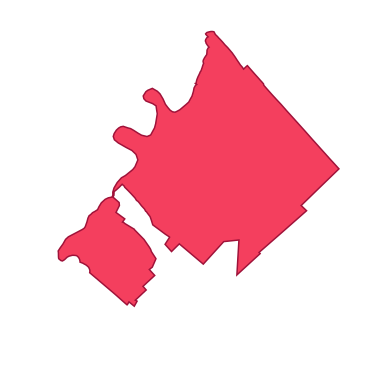 outline of Dranic, Dolj, Romania, rotated 220°
{"feature_id": "2599482B41865085519880", "entity_name": "Dranic", "entity_type": "district", "adm_level": 2, "iso_a3": "ROU", "parent_name": "Romania", "parent_adm1": "Dolj", "projection": "orthographic", "projection_center": [23.87, 44.068], "detail": "fine", "context": "isolated", "style": "filled", "palette": "rose", "viewbox_px": 384, "rotation_deg": 220, "n_neighbors": 0, "source": "geoboundaries", "source_scale": "gbopen_adm2", "svg_char_len": 4017}
<svg xmlns="http://www.w3.org/2000/svg" viewBox="0 0 384 384"><g transform="rotate(220 192 192)"><path d="M283.3,321.3L283.2,321.5L282.7,321.6L282.4,321.6L282.0,321.5L279.4,321.2L279.6,320.7L279.6,320.3L279.7,319.9L279.8,319.6L279.7,318.8L279.6,318.4L279.5,317.6L279.3,317.2L279.1,316.7L278.9,316.5L278.7,316.2L278.3,316.0L277.6,315.6L277.2,315.4L276.9,315.1L276.6,314.9L276.0,314.8L274.8,314.4L273.8,314.2L273.0,314.0L272.1,313.9L272.2,313.6L272.1,313.2L272.2,312.8L272.2,312.3L272.1,312.0L271.9,311.5L271.9,311.1L271.8,310.7L271.6,310.3L271.3,309.8L270.9,309.3L270.5,308.9L270.2,308.4L269.9,307.9L269.5,307.4L269.1,306.8L269.0,306.5L269.0,306.2L269.0,305.8L269.0,305.5L268.9,305.2L268.9,304.8L268.8,304.3L268.8,303.5L268.6,302.5L268.4,301.6L268.2,300.6L267.7,299.5L267.4,299.1L267.1,298.8L266.7,298.6L266.2,298.2L265.8,298.0L265.7,297.8L265.6,297.6L265.6,297.3L265.5,297.0L265.1,295.9L264.6,294.7L264.2,293.9L264.0,293.2L263.7,292.5L263.3,291.5L262.9,290.1L262.9,289.6L262.9,289.3L262.8,288.9L262.5,288.2L262.2,287.0L261.8,285.5L261.5,284.2L260.5,281.2L259.7,279.5L258.8,278.1L259.2,277.4L257.5,277.4L257.9,276.1L257.3,273.0L255.5,269.8L253.6,265.4L253.1,262.6L252.3,258.8L252.8,255.1L254.2,247.1L255.3,244.3L256.3,242.2L258.5,240.9L261.3,240.6L264.9,241.2L268.8,242.1L273.9,244.6L279.6,246.6L283.3,246.9L289.0,245.9L291.3,241.4L291.8,239.1L291.1,234.2L288.8,232.5L285.8,232.1L283.7,232.8L279.0,234.4L274.9,234.9L271.6,231.9L268.9,229.6L263.7,220.9L261.9,217.0L260.3,209.1L262.1,205.6L267.1,203.1L271.0,202.4L276.5,201.7L279.8,201.1L282.3,199.9L286.9,198.1L288.5,196.1L289.3,193.9L289.7,190.8L289.2,186.8L288.0,183.9L287.8,183.8L285.0,182.1L279.9,182.2L271.1,183.8L264.7,185.2L259.0,184.8L254.1,181.8L251.9,174.7L251.8,171.1L253.6,161.8L255.2,157.5L255.4,151.3L254.3,144.9L252.6,141.0L250.5,138.6L250.1,136.6L252.4,133.7L253.8,130.6L254.5,125.4L253.8,120.9L253.0,117.9L253.1,117.4L253.8,115.0L254.9,112.2L255.1,109.7L255.6,107.7L254.9,105.1L253.3,101.7L251.5,96.9L251.3,95.2L251.5,94.2L252.0,92.6L254.9,85.5L256.6,81.4L257.9,78.2L258.4,74.5L257.4,69.1L257.1,64.8L256.6,60.8L255.2,59.5L254.0,58.1L252.6,56.5L251.7,55.6L251.1,55.2L250.0,55.2L248.9,55.2L248.4,55.2L247.9,55.5L247.1,55.7L246.7,56.5L246.2,58.0L246.0,59.3L245.9,60.6L245.7,62.0L244.9,63.9L243.8,65.4L243.1,66.5L241.9,67.5L239.7,69.0L238.7,69.1L237.1,69.0L235.8,68.6L234.8,68.1L233.2,66.9L232.7,66.3L229.8,67.3L228.0,67.6L226.9,67.9L225.6,68.0L224.3,68.0L222.8,67.9L221.5,67.3L220.4,66.7L219.8,66.2L219.0,65.3L218.5,64.4L217.7,64.4L185.4,64.2L171.2,63.8L169.2,63.8L169.1,64.2L169.6,67.3L162.8,67.4L163.9,73.1L165.9,72.7L164.1,87.5L168.9,88.2L168.3,93.1L168.3,93.3L166.9,104.1L174.9,105.2L174.1,108.9L176.7,117.7L176.9,117.8L184.7,120.2L186.9,121.5L189.2,122.3L198.3,124.8L211.6,126.1L212.2,126.4L223.0,124.7L223.9,124.7L224.7,124.7L225.9,124.3L226.2,128.2L237.1,127.5L238.9,135.0L241.1,137.1L249.3,137.3L249.7,139.3L251.9,142.2L251.3,145.3L250.8,149.1L250.5,153.0L247.5,152.9L246.6,152.4L241.7,152.0L237.1,151.5L231.8,150.8L229.1,149.9L227.4,150.1L225.5,149.8L222.0,149.0L217.4,148.4L215.2,147.5L214.2,147.6L212.4,147.1L208.3,146.2L205.4,144.5L200.9,141.6L192.9,142.1L185.4,142.5L180.3,143.1L180.1,143.0L179.0,134.6L169.4,133.2L168.4,144.1L137.0,144.0L135.8,174.4L125.2,185.4L104.3,157.3L100.2,188.6L101.8,188.8L97.0,219.6L92.2,251.3L99.7,251.8L97.0,278.3L94.3,304.2L108.5,306.1L133.9,309.7L145.2,311.4L171.8,315.1L180.3,316.4L187.0,317.2L193.1,318.0L200.6,319.1L205.0,319.8L205.6,319.9L205.9,320.1L206.2,320.4L206.4,320.6L206.8,320.8L209.0,321.2L211.5,321.5L215.4,322.1L219.1,322.6L230.8,324.4L231.0,323.6L231.2,322.0L231.4,320.0L231.5,319.3L233.4,319.9L235.1,320.2L236.6,320.4L238.9,321.1L242.2,322.0L245.7,323.1L250.6,324.4L256.6,325.4L257.0,325.5L258.9,325.7L261.3,325.9L264.7,326.5L268.5,327.0L269.9,327.1L272.6,327.5L275.4,327.7L276.3,328.1L277.1,328.4L277.6,328.7L277.9,328.8L278.2,328.8L278.5,328.7L279.8,327.9L280.7,327.1L281.9,325.6L283.1,323.8L283.2,323.2L283.2,322.2L283.3,321.3Z" fill="#f43f5e" stroke="#9f1239" stroke-width="1.5"/></g></svg>